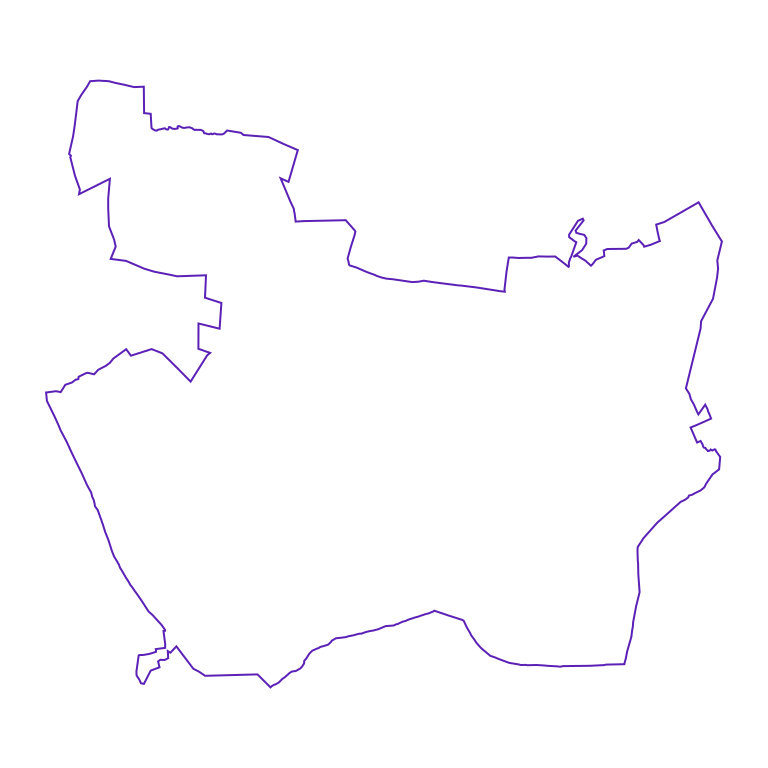 Chapultenango, Chiapas, Mexico (Albers equal-area conic projection)
{"feature_id": "50627088B46214146316575", "entity_name": "Chapultenango", "entity_type": "district", "adm_level": 2, "iso_a3": "MEX", "parent_name": "Mexico", "parent_adm1": "Chiapas", "projection": "albers", "projection_center": [-93.139, 17.336], "detail": "fine", "context": "isolated", "style": "outline", "palette": "violet", "viewbox_px": 768, "rotation_deg": 0, "n_neighbors": 0, "source": "geoboundaries", "source_scale": "gbopen_adm2", "svg_char_len": 6064}
<svg xmlns="http://www.w3.org/2000/svg" viewBox="0 0 768 768"><path d="M448.8,615.6L462.5,620.0L463.8,620.9L466.0,625.7L467.2,628.0L470.4,633.5L470.9,634.9L474.7,640.1L476.5,642.9L480.9,647.9L490.4,655.9L494.2,657.1L499.3,659.2L509.3,662.9L518.6,664.4L520.7,665.0L525.9,664.9L527.4,665.2L536.7,665.0L545.9,665.6L547.2,665.8L557.8,666.4L560.1,666.7L563.3,666.1L589.7,665.8L604.0,665.1L606.1,664.6L624.4,664.2L624.7,662.4L625.8,658.6L627.1,651.6L631.4,636.7L632.1,630.6L632.9,626.3L633.1,622.4L636.1,606.4L639.6,592.2L638.3,574.1L638.1,563.6L637.8,560.9L637.5,550.9L637.7,547.0L642.5,539.8L643.3,538.4L655.9,524.2L657.7,522.3L666.2,514.8L680.6,501.9L685.2,499.7L688.3,497.3L688.9,495.6L692.2,494.7L695.9,492.7L700.5,490.5L704.0,487.6L704.8,486.5L706.0,483.9L712.5,474.4L719.1,469.4L720.2,457.0L715.7,450.7L715.5,449.6L714.5,449.3L712.3,450.5L710.7,449.5L709.7,450.7L708.3,451.0L707.9,451.0L707.7,450.4L706.5,449.6L705.3,447.9L703.9,447.6L703.6,447.4L702.8,445.6L702.7,444.6L700.6,441.0L697.1,442.5L690.6,427.5L696.5,425.1L711.1,418.6L709.3,413.9L708.4,412.1L707.4,408.9L705.2,404.7L698.4,414.4L697.2,412.1L693.9,404.5L690.9,399.3L689.4,393.9L685.9,388.4L700.6,328.4L701.1,321.2L713.0,298.8L717.0,278.0L718.1,268.6L717.3,260.4L721.9,241.5L712.2,225.8L698.6,202.3L664.3,222.0L656.2,224.6L657.8,232.9L659.3,239.4L659.9,241.0L650.4,244.9L644.2,246.7L643.7,245.3L641.9,243.4L639.0,240.3L638.7,240.0L637.2,241.9L631.7,243.6L628.7,247.7L626.2,248.8L607.2,249.0L603.7,250.5L604.0,252.2L604.3,256.1L602.0,257.2L596.0,259.7L592.7,264.0L591.0,265.7L586.6,261.8L586.1,261.2L585.3,260.6L584.8,260.3L580.8,257.9L577.8,255.8L577.4,255.6L573.4,256.8L582.1,250.1L586.2,243.8L586.4,238.2L584.3,234.9L581.8,234.3L580.6,234.1L576.3,232.8L575.6,230.6L583.6,220.4L582.8,218.7L578.0,220.8L569.1,234.7L569.2,237.2L574.7,241.3L576.3,242.2L571.5,255.8L571.0,257.0L570.4,258.0L568.9,262.3L568.9,266.9L569.2,267.4L562.3,261.9L555.2,256.5L546.9,256.6L538.5,256.4L531.5,257.8L526.0,257.8L518.8,258.0L512.1,257.5L508.8,257.5L506.5,271.8L504.5,289.4L504.8,291.7L498.7,291.0L496.6,290.6L476.8,287.5L461.4,285.6L457.5,285.3L450.8,284.4L448.8,284.2L431.3,281.9L423.8,280.7L418.3,281.7L412.3,282.1L392.5,279.2L386.8,278.7L382.5,277.8L376.7,275.9L375.0,275.0L368.6,272.7L366.5,271.9L356.4,267.5L349.9,265.5L349.0,264.6L348.6,262.1L347.6,258.6L350.8,247.0L354.5,235.4L355.4,231.5L354.8,230.5L345.7,220.2L308.9,221.0L303.5,221.1L295.7,221.6L295.0,216.5L294.6,213.4L294.0,210.7L293.9,209.0L290.2,201.2L285.4,189.6L280.6,178.3L288.5,181.9L297.8,150.1L283.6,144.0L268.5,137.0L243.4,135.0L241.0,132.8L227.1,130.5L224.1,133.5L223.1,134.1L221.6,134.4L219.0,134.4L218.2,134.2L217.6,134.2L217.1,134.4L215.2,133.7L214.4,133.5L213.9,133.6L213.3,134.0L212.7,134.2L212.1,134.2L211.7,134.1L211.2,133.6L210.8,133.6L209.5,134.2L208.6,134.2L206.9,133.8L206.1,133.5L204.2,133.2L204.0,132.9L203.7,131.9L203.5,131.4L202.5,130.6L200.7,129.9L197.7,129.9L196.9,129.8L196.2,129.7L195.7,129.8L194.8,130.0L194.0,129.6L193.2,129.1L192.1,128.2L191.1,127.9L189.8,127.3L188.6,127.3L186.5,127.5L184.9,127.9L183.5,127.9L182.1,127.6L180.1,126.5L179.7,126.3L178.6,126.1L177.8,126.3L177.6,126.8L177.6,127.4L177.7,127.8L177.7,128.4L177.4,128.5L175.3,128.9L174.5,128.9L172.6,128.7L171.6,128.2L170.5,127.4L169.5,127.0L169.2,127.0L168.6,128.4L168.0,129.5L167.6,129.6L166.0,129.2L165.1,128.6L164.9,128.3L162.6,128.7L160.4,129.3L158.6,129.6L157.6,129.9L157.1,130.5L155.8,130.6L155.0,130.4L152.5,129.0L151.5,127.9L150.7,113.8L144.1,113.1L143.8,86.7L134.1,87.1L124.4,84.8L115.3,82.9L108.9,81.2L98.5,80.6L90.1,81.2L87.2,86.4L81.1,95.2L77.7,101.1L74.8,124.7L73.1,136.3L69.1,153.9L70.9,155.7L70.3,157.3L75.0,175.8L79.9,189.5L79.0,194.2L109.9,178.8L108.2,198.6L108.2,208.4L109.0,226.3L114.1,239.6L115.7,246.6L110.7,258.9L126.1,260.9L144.3,268.7L154.2,271.7L168.7,274.5L177.1,276.3L206.0,275.3L205.0,297.7L221.4,303.0L219.6,328.7L198.5,323.5L198.4,348.8L210.1,352.9L207.2,355.3L190.6,381.6L177.6,368.4L162.5,353.4L151.6,349.1L130.9,355.7L126.2,349.2L113.4,358.5L109.9,362.8L105.9,365.8L98.2,369.8L94.1,374.3L87.8,372.8L85.9,373.2L78.6,376.8L78.3,379.1L75.6,379.7L72.0,382.5L65.3,384.8L60.7,392.1L56.0,391.2L46.1,392.5L46.9,400.9L55.2,417.8L58.9,426.1L60.5,430.1L66.6,441.6L71.5,452.3L77.7,465.1L82.2,474.2L86.9,484.8L91.2,492.6L92.2,496.7L93.8,500.2L93.9,500.9L94.5,503.2L95.0,506.3L97.7,510.0L99.2,514.1L100.3,517.4L101.3,519.8L101.9,522.0L102.6,523.7L105.2,532.0L106.6,535.5L108.4,540.0L109.7,544.0L111.7,550.4L114.1,556.6L117.4,561.9L117.9,563.1L118.4,563.8L118.8,564.3L120.1,567.9L121.4,569.8L126.4,578.5L126.6,578.6L128.7,581.9L130.3,584.9L132.1,587.1L133.9,589.7L134.3,590.4L136.9,593.9L141.2,600.1L148.5,611.4L152.9,615.4L158.7,621.8L161.5,624.8L164.7,629.4L165.6,630.8L165.8,630.8L163.5,631.0L165.2,644.1L165.1,647.9L155.8,649.1L156.1,650.3L155.9,651.9L149.4,653.9L143.7,654.9L139.3,655.1L138.7,655.4L136.4,671.6L136.6,675.5L139.6,680.1L140.9,683.2L143.9,683.9L150.7,670.6L159.5,667.3L158.1,661.4L160.3,659.8L164.7,660.0L168.2,658.1L167.8,651.1L170.0,652.6L170.4,652.7L176.4,646.4L193.3,668.7L198.9,671.6L205.1,675.8L257.5,674.4L270.5,687.4L271.8,686.1L273.9,684.9L275.6,684.3L278.5,682.7L280.0,681.3L282.2,679.0L283.3,678.2L284.7,677.4L285.6,676.5L287.6,674.8L289.3,673.2L291.7,671.6L294.0,671.2L295.4,671.1L297.0,670.4L297.9,669.8L300.3,668.5L302.0,666.7L304.1,663.4L304.2,661.0L306.5,658.2L308.2,655.4L309.7,653.2L312.3,650.7L316.7,648.7L317.7,648.4L318.7,648.0L320.2,647.0L320.7,646.9L321.7,646.5L322.4,646.4L325.5,645.5L328.2,644.6L330.6,642.3L331.2,641.7L331.5,641.0L332.1,640.5L334.2,639.3L335.8,638.3L342.2,637.6L345.8,637.1L348.6,636.2L351.1,635.8L352.0,635.5L353.6,635.3L355.0,634.8L359.3,633.7L361.7,633.6L363.2,632.9L364.5,632.6L365.6,632.1L369.3,631.2L374.0,630.4L375.5,629.9L377.8,629.4L385.7,626.1L393.8,625.5L395.9,624.4L397.8,624.0L399.7,623.0L402.6,621.7L404.7,621.2L406.0,620.8L407.0,620.2L407.7,620.0L408.9,619.5L410.1,619.0L411.0,618.8L414.3,617.7L419.0,616.4L420.6,615.7L422.7,615.1L425.8,614.0L427.1,613.8L429.4,613.1L431.1,612.3L433.0,611.6L434.3,610.7L448.8,615.6Z" fill="none" stroke="#5b21b6" stroke-width="2"/></svg>